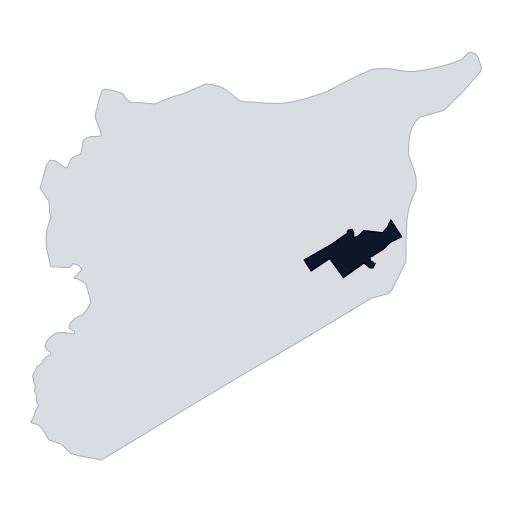 Al Mayadin, Dayr Az Zawr, Syria shown in context
{"feature_id": "27442178B96470480022323", "entity_name": "Al Mayadin", "entity_type": "district", "adm_level": 2, "iso_a3": "SYR", "parent_name": "Syria", "parent_adm1": "Dayr Az Zawr", "projection": "albers", "projection_center": [40.466, 34.927], "detail": "fine", "context": "in_parent", "style": "filled", "palette": "ink", "viewbox_px": 512, "rotation_deg": 0, "n_neighbors": 0, "source": "geoboundaries", "source_scale": "gbopen_adm2", "svg_char_len": 4066}
<svg xmlns="http://www.w3.org/2000/svg" viewBox="0 0 512 512"><path d="M50.1,160.1L55.1,160.9L65.5,167.8L67.2,167.7L70.8,159.3L74.1,156.5L80.8,154.2L83.2,140.5L86.4,137.9L90.2,136.6L95.9,136.6L100.9,136.0L101.3,133.5L95.0,117.2L95.7,113.2L99.7,97.2L102.0,91.0L104.1,89.0L111.9,90.2L122.7,93.4L125.5,98.1L130.7,102.4L138.7,102.4L148.0,103.5L155.2,104.0L161.1,101.2L174.3,96.2L180.8,94.6L186.7,92.3L205.8,83.9L213.4,84.8L218.5,86.1L222.4,87.6L231.2,93.8L238.4,100.0L243.6,101.9L252.9,102.0L266.2,103.3L282.7,103.4L292.3,101.8L304.6,98.9L326.5,91.8L355.3,76.8L372.1,69.4L379.4,68.5L388.8,68.4L398.3,70.3L409.1,71.6L414.0,71.4L425.6,69.8L440.6,66.6L450.0,63.9L461.4,59.7L468.4,52.7L470.7,52.0L473.6,53.2L475.0,53.6L478.0,57.4L481.3,67.4L481.3,68.5L480.7,71.3L473.4,79.7L463.5,91.0L456.3,98.2L444.2,110.2L435.0,112.9L419.5,117.3L415.4,121.5L411.6,128.3L409.4,137.5L408.8,143.2L408.4,153.9L412.2,165.0L415.8,175.6L416.3,182.7L416.0,189.7L412.7,197.1L409.0,207.3L407.0,218.9L406.0,240.4L406.1,258.8L405.8,261.8L399.4,274.8L391.9,290.0L388.3,293.5L371.6,298.1L353.3,309.2L332.7,321.6L314.0,332.8L294.3,344.5L273.8,356.5L259.1,365.1L239.4,376.5L221.4,387.4L203.0,398.4L189.1,406.7L167.8,419.8L155.2,427.4L136.8,438.6L120.5,448.5L101.2,460.0L77.6,455.5L70.2,453.1L64.3,447.0L60.0,443.7L48.9,440.0L42.2,428.7L38.1,424.7L30.7,422.6L34.2,415.7L35.1,411.1L38.5,405.6L36.7,401.8L36.1,393.9L34.8,391.9L34.3,389.8L35.6,387.3L35.2,384.7L34.0,383.5L33.6,379.6L32.7,376.6L33.4,373.1L35.1,370.9L37.0,366.5L39.1,365.3L42.3,362.7L43.3,359.8L46.2,357.1L50.1,355.0L51.0,353.1L50.5,352.1L46.8,349.8L45.0,346.0L47.0,340.8L48.3,339.2L50.7,336.7L55.9,333.0L59.9,332.5L63.3,332.6L69.0,333.2L73.5,334.1L74.6,333.1L74.5,331.8L69.1,328.3L69.0,325.8L70.4,323.1L74.5,318.9L79.3,315.9L81.7,315.4L87.3,309.2L91.0,302.1L86.1,284.5L82.9,281.6L77.6,278.9L74.5,278.4L74.3,277.3L78.7,273.1L81.9,269.3L78.7,265.5L72.8,263.6L70.4,267.3L62.8,267.3L50.9,266.7L46.5,248.1L46.1,240.0L46.6,230.8L50.8,217.5L49.4,211.1L49.5,206.9L48.8,201.1L40.1,188.2L46.3,165.5L50.1,160.1Z" fill="#d9dde1" stroke="#a8b0b8" stroke-width="1"/><path d="M311.2,270.8L316.6,267.2L323.1,262.8L328.9,258.9L329.7,258.5L329.9,258.8L330.6,259.6L333.5,263.6L335.9,266.8L337.6,269.2L339.6,272.0L340.6,273.3L343.2,277.0L343.5,277.4L344.3,276.8L347.4,274.6L348.8,273.7L352.0,271.4L352.2,271.2L354.0,269.9L360.2,265.6L362.8,263.6L363.8,263.0L364.1,262.8L364.3,263.1L366.6,264.9L367.4,265.6L368.9,266.9L369.9,267.7L370.4,267.7L370.6,267.7L371.3,267.7L371.8,267.8L372.3,267.8L372.7,267.9L372.9,267.8L373.3,266.7L373.8,265.7L374.5,264.4L374.8,263.9L374.9,263.6L374.3,263.7L373.8,263.7L373.4,263.1L373.1,262.5L372.7,262.0L371.7,261.8L370.9,261.7L370.6,260.9L370.0,259.1L369.9,256.3L370.0,256.2L370.4,256.3L370.9,256.4L371.6,256.4L372.2,256.2L372.5,256.1L373.2,255.5L374.0,254.8L374.4,254.6L383.1,249.2L385.6,246.8L389.0,243.5L390.2,242.5L390.4,242.2L392.4,241.2L398.6,238.1L400.3,237.2L401.1,236.9L401.5,236.7L399.3,233.2L398.3,231.7L395.4,227.3L392.6,222.8L391.0,220.4L390.9,220.3L390.7,221.0L390.4,221.5L390.1,222.0L389.8,222.6L389.4,223.1L389.1,223.5L388.9,224.2L388.5,225.2L388.2,226.0L388.0,226.3L387.9,226.9L387.8,227.2L386.9,228.0L386.0,228.9L385.1,230.0L383.9,231.5L383.4,232.1L382.7,232.9L380.6,232.7L377.0,232.2L372.9,231.7L369.6,231.3L367.6,231.1L366.4,231.1L365.8,231.0L364.7,230.9L363.8,230.8L360.4,234.3L356.8,237.2L356.7,237.2L356.4,237.0L356.4,236.9L356.2,236.9L355.9,236.9L355.8,237.0L355.7,237.0L355.4,237.2L355.4,237.3L355.2,237.5L354.9,237.6L354.7,237.6L354.4,237.6L354.2,237.5L354.1,237.4L353.9,237.4L353.8,237.2L353.7,237.1L353.6,236.9L353.6,236.7L353.5,235.4L353.5,232.6L353.4,232.4L353.4,232.2L353.2,231.9L353.1,231.7L352.9,231.4L352.9,231.2L352.7,231.0L352.7,230.9L352.6,230.7L352.5,230.4L352.4,230.3L352.4,230.2L351.4,229.5L350.2,229.9L348.4,230.2L347.5,231.3L347.5,232.6L347.5,233.0L347.4,233.4L346.1,234.3L344.3,235.5L338.9,239.3L334.9,242.2L332.4,243.9L328.2,246.4L321.8,250.0L319.9,251.1L313.8,254.6L311.5,255.9L306.5,258.8L305.0,259.6L304.3,260.1L311.2,270.8Z" fill="#0f172a" stroke="#020617" stroke-width="1.5"/></svg>